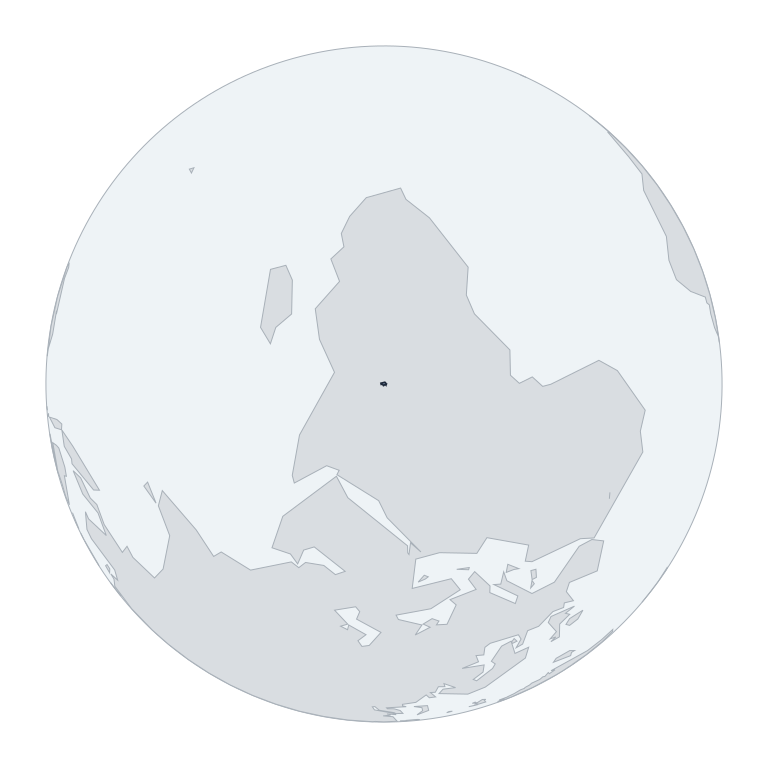 globe centered on Rakai, rotated 166°
{"feature_id": "UGA-3361", "entity_name": "Rakai", "entity_type": "District", "adm_level": 1, "iso_a3": "UGA", "parent_name": "Uganda", "parent_adm1": "", "projection": "orthographic", "projection_center": [31.493, -0.733], "detail": "fine", "context": "on_globe", "style": "filled", "palette": "slate", "viewbox_px": 768, "rotation_deg": 166, "n_neighbors": 0, "source": "natural_earth", "source_scale": "10m", "svg_char_len": 6736}
<svg xmlns="http://www.w3.org/2000/svg" viewBox="0 0 768 768"><g transform="rotate(166 384 384)"><circle cx="384" cy="384" r="338" fill="#eef3f6" stroke="#a8b0b8"/><path d="M186.5,109.8L182.1,113.1L176.9,117.1L173.0,120.1L186.5,109.8ZM48.6,343.1L48.0,348.7L49.6,358.7L50.0,373.1L49.2,382.1L51.1,384.6L51.2,390.6L64.0,399.6L75.0,414.5L77.6,435.1L74.3,458.9L85.2,509.0L82.9,525.4L91.7,545.5L106.1,574.6L103.6,572.5L113.9,586.8L120.0,594.9L105.4,575.3L92.4,554.7L80.8,533.2L70.8,510.9L62.5,487.9L55.8,464.4L50.8,440.5L47.6,416.3L46.2,391.9L46.5,367.5L48.6,343.1ZM173.0,648.0L171.8,647.0L173.9,648.6L176.9,651.0L173.0,648.0ZM640.6,164.1L645.4,170.2L652.0,178.4L656.1,183.6L660.9,190.5L668.2,201.1L683.1,226.8L694.1,252.8L693.2,260.0L695.0,265.8L689.9,258.1L690.3,268.7L705.3,304.7L707.4,314.8L704.6,332.3L703.3,324.6L690.1,304.1L692.7,328.1L702.9,350.1L706.6,375.1L701.0,366.2L696.6,344.4L691.8,336.5L689.5,315.3L678.6,283.9L672.6,288.7L669.6,276.5L653.6,251.3L643.1,257.9L628.6,288.7L632.4,320.4L624.9,334.2L601.5,287.8L591.0,257.9L582.6,260.4L558.5,235.7L517.0,233.8L511.1,226.4L503.3,229.8L486.3,222.5L477.3,210.8L467.0,211.6L491.1,242.8L502.1,242.3L511.3,230.3L515.9,241.7L532.3,252.2L514.2,280.1L452.5,306.0L446.6,282.4L400.3,221.3L401.8,214.6L401.6,213.8L401.0,212.5L396.7,223.4L388.8,212.1L413.3,253.4L417.4,272.1L451.6,307.4L448.4,311.1L459.4,318.6L495.0,309.6L495.1,317.6L478.3,355.0L429.2,407.3L435.8,442.9L432.5,473.6L402.3,494.3L405.3,518.2L389.7,526.8L389.0,540.4L376.7,555.0L356.1,569.1L320.5,570.1L318.0,557.8L299.7,534.2L274.1,477.0L282.6,450.4L279.3,430.2L253.6,386.6L259.2,361.9L252.5,351.9L238.4,355.0L230.6,343.3L222.2,343.4L169.8,355.0L154.3,340.5L136.9,295.4L146.7,276.2L149.3,255.4L217.4,183.8L230.9,186.4L283.4,175.8L289.8,177.9L282.6,192.7L321.3,210.0L334.9,197.2L370.9,206.9L395.5,206.4L406.1,178.8L365.8,178.8L359.8,165.9L392.9,154.6L428.2,156.8L427.0,152.0L405.5,141.0L414.4,132.9L398.1,136.8L404.1,141.6L394.1,144.7L388.0,140.7L391.4,137.6L381.0,135.6L367.4,152.2L372.1,158.8L344.3,162.4L349.3,174.2L341.4,180.0L330.0,162.4L331.8,156.0L309.7,139.2L305.4,146.0L325.9,162.8L319.1,161.6L313.3,172.8L312.4,163.4L291.1,144.9L266.6,150.5L233.9,179.3L219.9,182.8L208.8,178.6L222.3,151.1L252.1,146.6L257.3,138.4L252.6,127.9L262.0,128.0L263.8,123.7L275.2,122.3L292.5,111.5L304.3,109.9L312.4,98.1L319.6,96.1L312.7,103.4L314.3,108.2L343.7,106.7L349.8,104.1L352.7,97.0L360.4,98.2L359.5,91.6L377.0,89.1L354.8,87.2L357.6,80.5L368.9,75.7L365.9,73.6L347.5,81.7L343.8,85.5L346.9,89.0L333.3,101.2L322.9,103.7L322.1,90.9L307.3,93.6L313.1,83.9L359.1,65.4L377.7,62.8L405.5,70.3L400.5,73.6L388.0,72.1L398.3,78.8L398.1,75.6L404.5,77.1L408.8,72.5L413.6,73.4L409.6,67.9L415.9,68.6L418.3,72.1L430.1,67.4L443.6,68.7L443.9,67.3L440.5,65.5L459.9,69.2L459.3,68.1L452.8,66.4L447.3,63.3L445.3,59.8L452.1,61.3L453.8,62.7L467.5,68.6L470.9,73.2L473.4,73.6L472.1,70.1L455.4,62.6L452.2,60.2L461.0,63.2L457.6,61.9L458.1,61.2L465.1,62.2L455.8,59.0L452.8,53.6L465.9,56.2L474.1,58.7L476.9,59.1L500.3,66.7L523.1,76.1L545.2,87.0L566.5,99.6L586.7,113.6L605.9,129.1L623.9,146.0L640.6,164.1ZM193.1,218.1L191.0,224.2L193.1,218.1ZM465.4,174.7L486.7,176.5L477.3,159.8L484.7,159.5L478.8,154.4L476.5,158.7L462.1,145.1L471.4,141.2L468.9,134.7L461.6,133.9L447.0,143.7L467.5,162.5L462.6,169.0L465.4,174.7ZM166.2,125.7L174.5,119.0L166.0,125.8L160.9,130.6L153.1,138.0L157.4,133.7L153.4,137.2L155.7,134.9L166.2,125.7ZM262.3,104.9L265.6,106.7L260.6,111.5L245.7,116.4L252.8,109.1L262.3,104.9ZM271.6,108.6L275.0,96.2L284.4,93.6L278.5,97.0L284.4,96.5L276.6,102.0L282.3,112.8L278.2,118.0L252.9,122.4L263.4,117.6L259.5,115.6L271.6,108.6ZM267.0,78.2L268.6,75.3L286.9,73.0L283.3,76.2L268.2,80.4L263.6,79.3L267.0,78.2ZM336.9,49.4L336.4,49.5L341.5,48.8L349.7,48.0L350.1,48.5L343.0,49.0L348.7,49.5L338.9,50.6L340.1,50.6L332.6,52.1L325.7,54.2L321.4,54.7L320.6,55.4L315.6,56.7L313.1,58.0L304.4,59.6L300.6,61.5L298.7,61.3L294.4,64.3L293.7,62.9L287.2,65.3L291.3,65.4L251.0,76.1L234.7,83.3L221.4,90.5L222.1,88.5L235.0,81.0L253.4,72.4L269.1,66.4L266.5,67.2L273.3,64.8L272.5,65.2L277.8,63.2L283.1,61.5L289.2,59.7L312.8,53.7L336.9,49.4ZM297.8,172.2L302.8,172.6L311.0,171.6L307.5,179.1L297.8,172.2ZM282.9,159.5L287.6,158.4L286.6,167.4L281.4,167.5L282.9,159.5ZM291.0,150.6L287.9,157.6L286.5,153.8L291.0,150.6ZM317.2,102.3L322.3,101.2L322.5,102.9L319.3,105.5L317.2,102.3ZM364.9,54.1L361.5,53.4L363.2,52.9L362.2,50.9L369.4,50.5L372.8,51.5L364.9,54.1ZM398.8,183.5L391.2,188.7L387.7,186.2L391.0,184.8L398.8,183.5ZM346.8,183.3L358.3,186.6L345.7,185.3L346.8,183.3ZM372.5,53.3L371.3,52.3L375.6,52.8L372.5,53.3ZM374.6,50.2L379.8,50.4L370.1,50.2L374.6,50.2ZM519.8,635.3L520.9,639.6L516.1,639.8L519.8,635.3ZM490.1,468.8L466.4,522.7L450.5,522.9L447.8,507.0L456.7,474.3L475.3,465.1L484.5,450.5L490.1,468.8ZM716.9,439.9L716.8,442.4L716.5,444.0L716.9,439.9ZM717.3,433.4L717.7,435.0L716.6,436.7L717.3,433.4ZM718.0,435.2L717.8,435.6L718.2,434.1L718.0,435.2ZM716.6,432.8L710.0,428.7L706.3,423.1L708.0,417.6L713.9,421.2L716.6,432.8ZM707.7,417.3L701.0,399.0L685.8,349.8L691.4,351.4L706.0,382.1L705.3,386.9L709.3,400.9L707.7,417.3ZM720.6,392.4L719.6,407.2L716.7,403.8L715.0,400.5L713.8,380.6L714.5,371.3L716.3,372.3L718.5,342.9L720.1,352.0L720.5,364.6L721.6,378.5L720.6,392.4ZM634.0,323.5L641.7,343.1L637.1,346.0L634.0,323.5ZM716.0,322.0L717.4,334.5L715.1,317.2L716.0,322.0ZM712.7,305.5L714.3,312.5L712.6,305.2L712.7,305.5ZM698.1,275.0L696.4,275.8L694.8,271.0L695.9,267.2L698.1,275.0ZM695.4,252.7L695.5,253.1L697.4,257.5L693.7,248.9L690.6,241.9L695.4,252.7ZM432.0,55.0L425.5,57.7L425.5,60.8L433.0,63.8L419.6,61.4L419.6,56.5L432.0,55.0ZM449.5,53.2L442.9,51.7L447.5,52.4L449.7,52.9L449.5,53.2ZM444.3,52.3L432.9,50.5L430.4,49.8L439.9,51.2L444.3,52.3ZM402.7,49.9L400.2,50.5L396.8,50.0L402.7,49.9ZM663.5,573.9L660.1,577.9L661.7,573.5L668.5,563.7L684.4,532.2L684.5,533.2L693.4,512.6L702.2,497.8L704.0,492.4L693.0,520.8L679.5,548.0L663.5,573.9ZM721.7,395.2L721.7,395.3L721.2,405.6L721.6,399.5L720.3,416.5L720.2,415.5L721.1,400.3L721.8,383.0L721.8,376.2L721.9,380.8L721.8,382.5L721.8,392.3L721.8,391.2L721.7,395.2ZM712.4,304.5L712.0,303.0L704.4,276.7L704.5,276.8L712.4,304.5Z" fill="#d9dde1" stroke="#a8b0b8" stroke-width="1"/><path d="M386.9,385.6L385.9,385.6L384.8,385.6L383.7,385.6L382.7,385.6L382.6,385.4L382.5,385.1L382.4,385.0L382.2,384.9L382.3,384.6L382.2,384.4L382.2,384.2L382.1,383.9L381.8,383.7L381.5,383.5L381.8,383.1L381.9,382.8L382.2,382.8L382.4,382.8L382.5,382.4L382.7,382.7L383.1,383.0L383.5,383.1L383.8,383.2L384.0,383.1L384.1,382.8L384.2,382.7L384.4,382.7L384.6,382.6L384.8,382.4L385.0,382.5L385.1,382.9L385.2,383.1L385.1,383.3L385.3,383.6L385.4,383.8L385.5,384.0L385.9,384.1L386.0,384.2L386.4,384.2L386.9,384.2L386.9,385.6L386.9,385.6Z" fill="#64748b" stroke="#1e293b" stroke-width="1.5"/></g></svg>